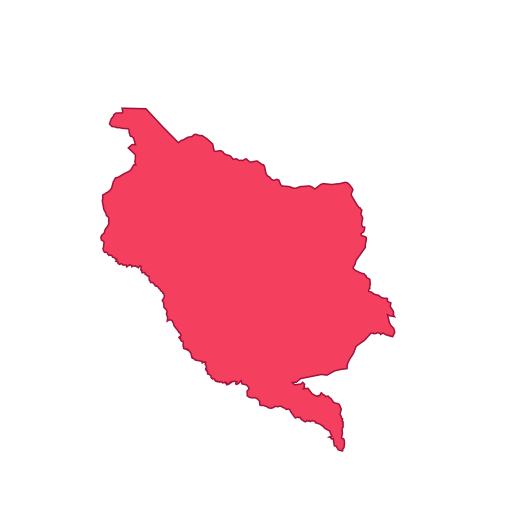 the district of Nkoranza North, Brong Ahafo, Ghana, rotated 46°
{"feature_id": "2480657B63998169387071", "entity_name": "Nkoranza North", "entity_type": "district", "adm_level": 2, "iso_a3": "GHA", "parent_name": "Ghana", "parent_adm1": "Brong Ahafo", "projection": "robinson", "projection_center": [-1.569, 7.72], "detail": "fine", "context": "isolated", "style": "filled", "palette": "rose", "viewbox_px": 512, "rotation_deg": 46, "n_neighbors": 0, "source": "geoboundaries", "source_scale": "gbopen_adm2", "svg_char_len": 6143}
<svg xmlns="http://www.w3.org/2000/svg" viewBox="0 0 512 512"><g transform="rotate(46 256 256)"><path d="M311.7,158.8L310.7,157.8L309.1,159.2L307.2,158.4L305.7,157.0L302.8,152.8L298.7,151.5L296.5,148.0L294.9,148.1L294.1,147.6L292.8,148.2L290.1,148.0L278.7,145.3L277.2,143.8L275.8,140.5L274.9,139.9L269.9,139.2L266.8,139.4L264.9,140.7L261.7,146.3L260.5,147.4L257.4,151.7L250.6,157.4L249.5,159.9L248.8,166.7L248.4,167.2L245.0,167.8L242.7,168.9L236.8,176.0L235.1,179.9L233.8,181.6L229.1,183.9L223.6,188.7L221.7,188.7L217.2,186.8L215.3,187.7L214.0,190.7L212.9,191.2L211.4,191.6L208.6,191.4L206.3,192.1L203.6,191.5L197.9,187.9L195.7,187.2L194.5,188.1L188.5,189.1L185.9,192.7L185.5,193.9L184.5,194.8L182.4,195.4L179.4,195.5L178.9,196.1L178.1,199.3L176.7,200.3L175.6,201.8L172.5,202.5L170.6,205.3L166.6,204.9L165.0,205.4L163.2,206.8L160.5,207.8L158.4,207.5L155.8,208.1L152.3,212.8L151.2,213.1L145.4,209.4L137.6,209.9L131.9,211.1L129.9,213.1L126.7,214.7L125.7,216.1L125.7,218.6L124.7,220.7L123.7,221.7L122.9,223.7L121.9,227.9L121.0,229.3L120.5,233.1L98.6,233.4L73.6,232.9L56.6,249.7L59.9,251.7L60.1,252.9L55.9,257.4L55.6,260.1L56.5,261.6L56.7,264.6L59.2,269.7L62.8,269.7L65.2,267.7L67.2,266.8L69.0,264.9L71.3,263.5L75.7,259.6L77.1,259.6L78.8,261.3L82.1,263.0L82.7,263.1L83.9,262.2L86.2,262.2L92.3,265.4L90.8,266.5L89.8,268.0L89.5,272.8L99.4,272.4L102.8,275.8L104.0,277.7L106.9,279.1L105.6,280.2L105.6,281.0L107.1,286.1L106.9,288.4L105.0,294.4L103.7,300.3L102.2,302.8L103.6,307.3L106.8,312.6L107.3,314.8L107.1,318.5L106.5,319.7L106.4,321.7L105.6,323.5L105.8,324.2L107.7,325.7L109.5,328.2L116.8,333.1L121.1,334.3L123.0,335.5L125.2,335.2L127.0,335.8L128.2,337.5L130.6,339.4L131.6,342.5L132.0,345.8L134.0,349.2L133.9,352.5L134.6,354.4L137.0,356.1L139.5,355.4L140.5,355.7L143.9,359.8L144.5,361.1L146.9,362.2L148.3,362.3L149.0,361.3L150.1,360.8L151.8,361.3L153.5,361.3L154.8,359.6L155.6,359.4L157.2,360.0L158.9,358.8L160.5,359.3L161.5,358.3L162.2,359.3L162.5,360.5L163.9,359.4L165.5,360.3L166.9,360.2L167.3,360.0L167.8,358.1L170.3,357.9L172.1,355.7L174.1,356.5L174.3,353.8L174.8,353.6L174.8,352.6L176.2,352.2L177.5,352.8L177.6,351.5L179.2,350.2L179.3,349.6L182.8,348.8L182.4,346.2L183.9,345.9L185.9,348.6L187.2,348.1L187.9,349.1L189.0,349.6L190.7,347.4L192.3,348.5L193.0,347.9L194.9,348.0L196.2,347.0L199.2,349.6L200.7,349.6L201.8,350.3L203.2,348.8L205.2,348.7L207.5,349.2L208.1,348.6L208.2,348.9L209.8,347.9L212.1,348.4L213.5,348.1L214.6,348.7L216.3,348.3L217.7,348.4L217.9,348.8L218.8,348.5L220.6,349.3L221.5,350.3L222.2,351.3L222.7,354.1L223.3,354.6L225.2,354.7L229.2,358.0L232.4,357.8L234.4,358.7L235.3,360.6L239.0,362.3L241.2,365.1L241.5,363.3L242.5,361.9L244.2,361.3L247.2,362.2L249.2,363.4L256.6,364.2L257.1,364.6L257.6,364.2L260.8,364.8L261.3,365.2L261.0,368.0L262.0,368.2L262.2,367.6L262.6,368.1L263.2,367.8L264.1,368.6L265.7,368.7L266.3,368.0L267.2,368.0L270.2,371.1L270.9,371.0L272.2,372.3L274.5,371.2L275.2,370.1L275.9,370.7L276.8,369.9L277.2,370.2L277.7,369.9L279.4,370.3L280.5,370.2L284.5,372.7L284.8,372.3L285.5,372.6L287.2,371.9L288.6,372.0L294.1,368.1L295.6,369.0L295.7,367.8L296.4,367.2L296.4,366.6L297.4,365.9L298.6,367.8L299.8,367.8L301.7,369.0L301.9,370.1L302.2,370.5L302.7,370.2L302.8,371.0L304.0,371.3L304.8,370.7L305.3,371.4L306.3,371.6L306.8,372.5L307.6,372.7L308.7,371.9L310.5,371.5L311.1,371.6L311.8,372.6L313.1,372.8L313.6,372.3L314.3,372.6L314.6,372.0L316.1,371.4L317.4,372.1L318.7,371.6L318.9,371.0L319.3,371.3L320.7,370.1L321.4,370.0L322.0,368.4L324.3,368.1L325.0,366.0L325.7,366.4L326.6,365.8L326.6,365.4L327.1,365.6L327.2,366.2L327.9,365.9L328.3,366.3L328.6,365.1L329.0,365.3L329.4,364.3L329.0,364.1L329.2,363.5L328.9,363.0L329.8,362.3L329.8,361.7L329.2,361.3L329.8,361.0L329.7,360.5L330.5,359.8L330.9,358.7L333.0,357.3L333.6,359.2L334.5,359.5L335.1,358.9L335.5,357.0L335.3,353.3L338.2,354.9L342.3,352.3L346.0,352.7L346.8,353.7L347.0,356.3L350.5,359.4L353.1,358.9L355.5,357.3L357.3,355.0L360.3,354.2L363.2,354.3L364.1,355.5L366.3,356.8L368.8,354.4L371.8,352.9L374.1,352.4L376.1,350.8L377.2,348.6L377.4,346.6L379.4,345.3L380.5,343.3L381.8,342.2L383.0,342.1L386.0,340.8L387.4,340.9L388.7,338.7L390.3,338.5L392.2,339.2L399.8,340.3L400.9,337.8L401.9,337.6L402.8,336.3L404.0,336.8L405.9,336.8L409.4,335.9L409.8,334.9L409.8,333.5L411.2,333.1L411.3,332.2L412.8,332.0L413.5,329.8L414.4,329.6L415.4,328.5L416.6,328.4L417.2,329.1L421.3,326.8L424.0,326.4L424.6,325.8L425.8,326.2L427.9,326.2L433.0,324.6L438.2,326.6L437.1,329.2L438.5,328.4L439.8,328.8L440.5,328.5L441.1,327.3L446.9,331.5L448.7,330.4L452.5,331.5L456.2,329.4L456.4,329.0L455.3,328.1L455.0,325.9L452.5,322.7L449.8,320.5L448.5,320.0L447.8,320.2L447.1,321.0L446.0,320.6L443.7,317.0L440.7,314.8L439.7,313.2L439.6,312.2L435.8,308.6L435.0,308.9L433.4,306.9L431.9,307.0L430.0,305.9L428.2,305.6L425.4,301.0L420.5,299.2L418.3,300.1L416.8,301.3L414.7,301.8L410.8,301.1L408.5,301.6L407.2,301.3L406.1,302.3L405.8,303.5L403.2,303.5L401.9,304.2L400.0,303.9L399.7,304.7L400.6,306.5L400.3,307.1L400.6,307.3L399.9,308.0L400.0,308.8L399.3,309.1L399.3,309.7L394.1,311.4L387.3,310.5L384.4,314.1L384.1,312.4L382.7,311.5L382.0,310.1L379.3,310.1L379.3,312.6L376.0,317.1L375.1,317.7L372.3,317.7L374.8,314.6L375.2,309.0L386.6,291.3L391.0,287.7L393.2,279.3L396.7,273.4L400.3,268.8L397.8,266.1L396.7,264.1L395.2,260.2L393.8,253.7L390.9,247.6L390.5,245.9L392.0,236.6L391.4,226.8L393.4,225.1L394.0,225.1L395.4,222.9L395.3,221.9L397.8,220.5L399.0,220.9L399.6,218.2L403.5,217.1L405.0,215.6L406.0,215.8L406.6,214.8L407.4,214.8L409.0,213.7L407.3,209.2L403.7,207.2L399.5,207.2L396.7,206.4L389.6,202.2L391.7,201.5L395.9,198.5L393.7,198.1L392.8,196.7L390.8,195.5L385.5,194.5L383.5,191.6L380.0,192.9L378.1,191.2L377.5,191.1L375.3,193.3L373.2,194.6L369.0,195.2L367.7,196.4L365.1,197.6L362.6,197.9L359.7,199.4L358.6,198.6L358.3,197.8L358.5,196.7L356.3,194.9L356.1,193.8L352.2,190.5L351.3,190.4L348.3,191.4L346.3,190.5L345.4,190.9L344.0,190.6L341.3,192.3L335.6,194.5L332.5,194.7L331.6,193.7L330.8,190.7L328.7,187.2L325.7,171.2L323.8,169.6L320.9,165.2L319.2,163.8L317.7,164.1L315.2,165.7L313.7,165.7L313.1,165.0L313.0,164.0L313.4,161.7L311.7,158.8Z" fill="#f43f5e" stroke="#9f1239" stroke-width="1.5"/></g></svg>